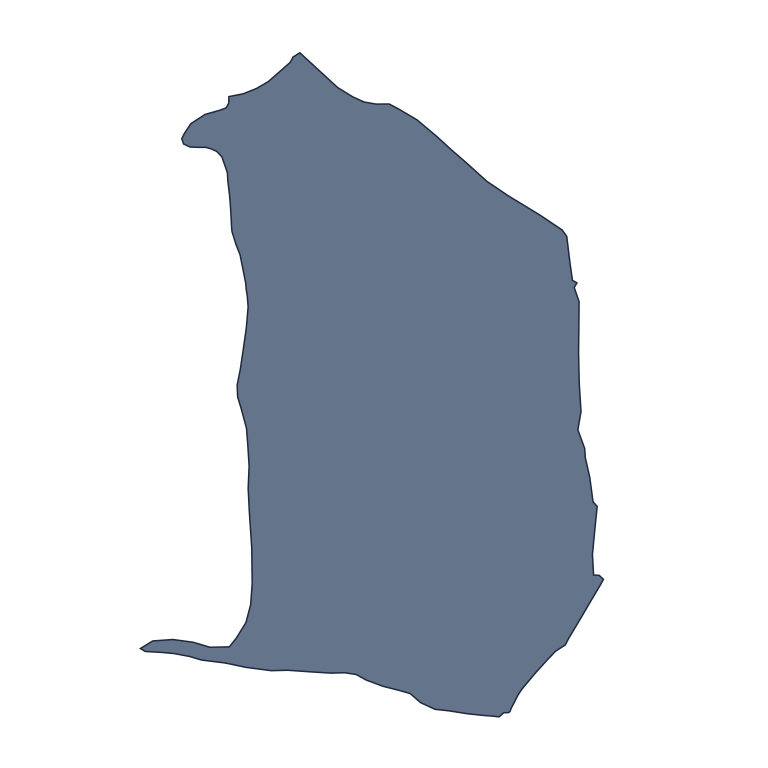 Gros Islet Town, Gros Islet, Saint Lucia (Mercator projection), rotated 3°
{"feature_id": "8701671B30275732730591", "entity_name": "Gros Islet Town", "entity_type": "district", "adm_level": 2, "iso_a3": "LCA", "parent_name": "Saint Lucia", "parent_adm1": "Gros Islet", "projection": "mercator", "projection_center": [-60.953, 14.081], "detail": "fine", "context": "isolated", "style": "filled", "palette": "slate", "viewbox_px": 768, "rotation_deg": 3, "n_neighbors": 0, "source": "geoboundaries", "source_scale": "gbopen_adm2", "svg_char_len": 1889}
<svg xmlns="http://www.w3.org/2000/svg" viewBox="0 0 768 768"><g transform="rotate(3 384 384)"><path d="M214.0,105.1L214.2,107.7L214.2,112.0L211.8,116.6L204.6,119.6L191.3,124.1L177.6,134.0L171.6,144.1L169.2,149.6L171.3,154.8L177.9,157.5L186.3,157.4L193.7,157.0L199.3,158.3L204.8,160.5L210.2,165.6L214.3,175.6L216.6,181.5L217.3,188.6L219.8,203.2L220.5,208.2L222.0,220.0L223.5,234.7L224.2,239.7L229.0,252.7L233.5,262.5L240.7,290.9L241.4,296.6L242.9,303.6L244.3,314.3L244.1,318.5L243.9,325.7L243.5,336.0L241.5,358.3L239.7,377.2L237.4,392.7L238.5,404.6L242.3,415.0L249.0,435.4L251.3,453.1L253.6,473.2L253.8,495.4L255.2,508.9L256.1,517.7L256.8,523.7L260.5,554.6L262.8,590.0L262.4,611.3L258.6,629.5L249.8,645.5L243.3,654.6L223.9,656.0L207.1,651.9L186.5,650.2L166.5,652.7L154.6,660.9L159.5,663.6L176.3,663.7L188.8,664.2L204.2,666.3L216.2,669.2L239.7,670.9L261.0,674.2L286.4,676.2L302.9,674.9L314.6,675.1L324.5,675.3L346.5,675.5L359.8,674.4L371.5,675.6L382.0,680.7L398.7,685.9L414.1,689.0L426.2,691.7L437.2,700.3L451.9,706.2L466.1,707.0L484.2,708.9L500.6,709.8L510.0,710.0L516.3,710.4L520.9,706.0L525.6,705.7L527.0,704.4L528.0,701.1L531.1,694.5L534.0,687.8L536.9,682.8L538.8,680.0L550.4,664.6L559.2,653.8L560.4,652.3L563.0,649.2L569.3,641.9L578.7,635.1L581.2,629.6L582.0,627.9L591.8,609.4L602.5,588.7L608.4,577.5L610.8,573.0L613.4,567.6L608.9,563.8L603.3,563.8L601.1,543.2L602.2,518.0L603.3,495.1L598.9,490.6L594.4,466.5L588.9,447.1L587.8,437.9L580.0,419.6L582.2,401.3L578.9,372.7L576.7,343.0L575.6,316.7L574.5,291.5L568.9,277.7L571.4,272.9L566.8,270.7L563.5,253.9L558.8,227.1L553.9,220.9L530.6,207.0L498.3,189.6L476.1,176.2L454.4,158.6L438.5,146.2L423.7,134.0L403.3,118.6L384.8,108.9L374.5,104.1L361.4,104.9L349.2,103.4L337.6,98.8L322.2,90.4L282.6,57.6L275.8,62.5L275.2,64.3L273.5,67.7L252.8,87.9L241.5,95.4L227.8,101.7L214.0,105.1Z" fill="#64748b" stroke="#1e293b" stroke-width="1.5"/></g></svg>